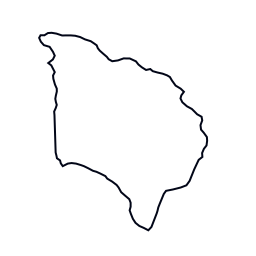 Paiçandu, Paraná, Brazil (Equal Earth projection), rotated 83°
{"feature_id": "56859067B32899743877918", "entity_name": "Paiçandu", "entity_type": "district", "adm_level": 2, "iso_a3": "BRA", "parent_name": "Brazil", "parent_adm1": "Paraná", "projection": "equal_earth", "projection_center": [-52.127, -23.462], "detail": "fine", "context": "isolated", "style": "outline", "palette": "ink", "viewbox_px": 256, "rotation_deg": 83, "n_neighbors": 0, "source": "geoboundaries", "source_scale": "gbopen_adm2", "svg_char_len": 1538}
<svg xmlns="http://www.w3.org/2000/svg" viewBox="0 0 256 256"><g transform="rotate(83 128 128)"><path d="M143.5,202.8L146.7,202.4L149.4,202.2L151.9,199.4L154.9,199.0L157.9,197.4L156.0,192.1L155.9,188.3L157.0,183.9L159.0,179.4L160.5,176.4L163.1,172.4L166.2,168.0L167.6,164.7L169.8,161.1L173.0,156.3L175.7,154.8L179.3,150.2L183.2,146.2L185.9,144.6L190.9,142.6L194.9,139.0L198.8,135.4L202.5,134.5L206.5,135.0L209.9,136.4L213.6,135.6L218.8,134.2L223.1,132.1L226.6,128.7L229.1,124.5L232.0,120.3L229.1,116.8L216.4,110.0L213.8,108.8L210.5,107.6L207.2,105.8L197.8,100.5L195.0,97.9L194.5,91.0L193.5,83.0L192.0,77.0L188.0,73.3L177.1,67.3L168.2,61.7L165.8,57.7L161.9,57.5L157.9,55.2L154.9,52.2L150.3,51.0L146.6,50.8L141.9,53.4L138.5,55.7L134.0,55.7L129.5,53.4L125.8,53.6L122.8,57.7L119.8,60.0L116.9,62.3L113.6,66.9L109.1,70.9L105.1,72.3L102.1,71.1L98.9,68.1L95.4,70.9L91.7,75.6L86.2,78.6L82.5,80.2L80.5,82.8L78.3,87.0L76.5,92.0L74.6,96.5L72.2,98.7L72.6,103.0L69.5,106.8L66.3,109.9L62.8,112.0L59.2,117.8L58.4,123.9L59.7,129.7L59.8,135.5L57.4,138.8L54.8,140.3L51.2,143.6L47.8,146.6L45.2,148.2L42.1,149.0L39.9,151.4L37.3,154.4L34.8,159.9L31.9,164.4L30.0,169.2L29.1,173.6L28.1,182.2L25.6,187.5L24.2,192.2L24.0,195.9L25.8,199.7L25.3,203.5L27.7,205.2L31.7,204.0L35.5,201.4L37.9,195.9L43.2,193.2L47.3,191.9L50.8,194.2L53.8,199.2L56.5,196.5L63.6,193.9L66.8,196.0L70.1,196.1L75.9,195.2L80.2,193.9L83.1,194.2L87.2,195.7L90.2,196.6L93.4,196.4L96.4,195.9L99.4,197.3L102.7,199.3L106.1,199.4L143.5,202.8Z" fill="none" stroke="#020617" stroke-width="2"/></g></svg>